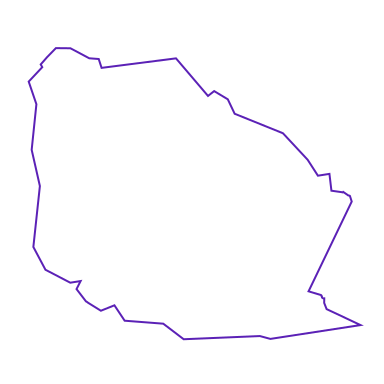 the district of Caldwell, North Carolina, United States of America, rotated 177°
{"feature_id": "52423323B63018807912829", "entity_name": "Caldwell", "entity_type": "district", "adm_level": 2, "iso_a3": "USA", "parent_name": "United States of America", "parent_adm1": "North Carolina", "projection": "mercator", "projection_center": [-81.598, 35.94], "detail": "fine", "context": "isolated", "style": "outline", "palette": "violet", "viewbox_px": 384, "rotation_deg": 177, "n_neighbors": 0, "source": "geoboundaries", "source_scale": "gbopen_adm2", "svg_char_len": 933}
<svg xmlns="http://www.w3.org/2000/svg" viewBox="0 0 384 384"><g transform="rotate(177 192 192)"><path d="M349.3,310.8L342.8,287.8L349.9,242.5L343.6,205.9L353.3,145.4L342.4,122.0L318.3,107.8L307.9,108.9L312.4,101.1L303.6,88.3L303.4,88.2L302.9,87.9L302.1,87.3L301.7,86.9L301.4,86.7L289.2,78.2L275.4,82.9L266.0,67.0L227.6,62.0L208.0,45.4L132.6,44.6L131.8,44.6L121.4,41.2L30.7,50.3L63.7,68.0L65.8,74.3L65.8,74.5L65.5,78.5L65.5,78.8L66.0,78.7L67.0,79.2L67.7,79.8L67.7,80.7L68.0,81.0L67.9,81.3L68.3,82.1L68.5,82.3L80.8,86.7L33.0,174.1L34.5,179.8L34.9,180.1L35.8,180.3L36.5,180.6L36.8,181.0L37.4,181.4L40.9,184.1L41.1,183.8L41.4,183.7L41.9,183.8L42.5,184.0L52.7,186.0L53.8,202.9L65.4,201.7L74.8,218.1L98.1,245.9L145.3,267.9L151.4,282.7L164.6,291.6L171.0,287.1L201.0,326.3L275.8,320.7L278.2,329.7L287.6,330.9L305.9,341.9L320.4,342.8L329.6,334.3L336.4,327.3L335.0,324.5L349.3,310.8Z" fill="none" stroke="#5b21b6" stroke-width="2"/></g></svg>